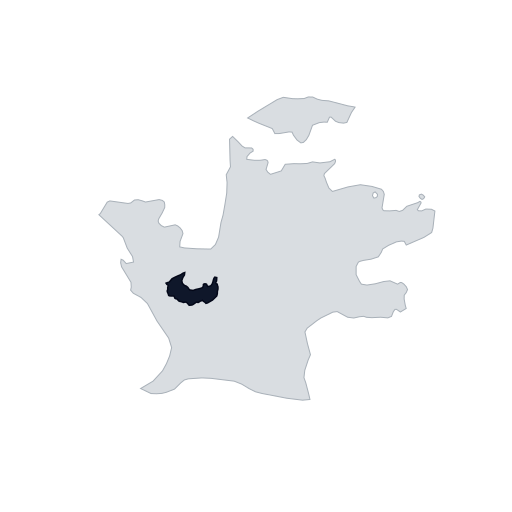 location of Sabirabad within Azerbaijan, rotated 135°
{"feature_id": "AZE-1714", "entity_name": "Sabirabad", "entity_type": "District", "adm_level": 1, "iso_a3": "AZE", "parent_name": "Azerbaijan", "parent_adm1": "", "projection": "equal_earth", "projection_center": [48.677, 39.865], "detail": "fine", "context": "in_parent", "style": "filled", "palette": "ink", "viewbox_px": 512, "rotation_deg": 135, "n_neighbors": 0, "source": "natural_earth", "source_scale": "10m", "svg_char_len": 4584}
<svg xmlns="http://www.w3.org/2000/svg" viewBox="0 0 512 512"><g transform="rotate(135 256 256)"><path d="M337.9,396.3L336.1,396.1L323.1,399.3L320.4,398.3L309.4,383.7L307.1,382.1L302.3,381.5L299.5,379.1L297.3,375.2L296.0,372.3L284.6,364.4L282.9,361.5L282.7,359.0L284.3,356.7L286.3,354.8L291.9,352.8L298.4,351.1L300.5,349.9L301.5,347.8L301.5,344.5L300.4,341.2L291.1,335.2L290.1,332.6L289.8,329.4L290.3,326.1L291.8,323.5L299.4,320.0L303.5,316.4L300.9,312.3L292.8,303.0L283.1,292.9L276.6,292.8L269.1,295.8L257.0,304.5L250.4,308.2L241.7,314.3L232.2,321.2L224.5,328.4L219.6,334.5L211.0,337.1L206.6,342.1L192.1,357.3L188.0,357.1L187.9,349.6L188.1,343.6L187.3,340.2L182.7,335.5L182.6,333.5L183.9,332.2L187.4,333.0L192.0,332.7L194.2,330.9L189.4,324.7L185.1,320.5L181.4,317.8L180.6,316.1L180.6,314.9L181.4,313.5L187.7,310.1L188.4,307.0L188.0,303.5L178.0,298.3L170.5,300.2L163.9,294.5L159.6,290.0L154.3,285.2L149.5,282.6L145.0,276.6L137.1,270.4L131.9,268.7L132.0,267.7L133.0,266.6L135.1,265.7L149.4,265.9L151.2,264.8L152.1,262.2L154.1,258.2L156.4,252.5L156.3,247.6L142.1,239.8L131.8,232.6L124.8,223.2L120.1,214.5L120.3,211.6L121.7,208.9L132.9,200.9L133.7,198.9L133.5,197.5L129.6,193.4L124.7,189.2L123.2,186.2L120.1,184.6L114.2,184.5L103.8,179.3L101.6,178.8L101.2,177.8L101.7,176.8L109.2,174.7L109.1,173.0L106.9,170.7L102.7,169.1L98.9,165.0L97.7,161.3L111.2,150.6L115.2,148.4L124.0,150.4L142.0,157.5L140.8,161.5L142.6,163.7L146.7,166.7L154.7,169.8L161.4,171.4L164.9,170.0L170.1,168.9L176.9,172.4L183.1,176.9L186.2,178.7L187.9,179.3L192.6,177.8L198.4,172.0L200.7,165.0L201.4,161.6L198.1,157.0L191.3,152.0L183.7,147.6L178.8,143.7L175.8,136.0L172.6,135.2L171.8,134.2L171.3,131.6L171.5,127.9L172.6,125.1L175.7,123.9L178.9,123.5L181.7,120.8L185.3,115.6L186.9,112.7L193.5,114.3L194.4,119.0L195.5,120.0L198.3,119.5L202.9,117.5L206.5,119.0L211.2,124.6L217.7,130.5L221.2,134.5L222.5,137.2L225.8,139.9L230.7,143.0L234.5,147.9L237.9,159.3L241.4,162.0L254.0,166.3L258.4,167.2L270.8,168.8L275.1,167.7L281.5,157.8L287.3,147.7L292.6,145.6L302.3,140.7L308.1,136.1L310.5,131.1L316.0,121.7L319.3,116.4L325.0,121.1L334.9,133.8L349.0,154.6L352.4,160.4L354.7,167.3L356.7,175.5L359.9,182.9L374.3,201.3L380.5,208.1L390.7,217.0L394.3,219.0L399.0,219.5L407.7,219.5L415.7,223.0L419.7,225.4L423.8,229.0L427.5,233.0L431.3,243.9L417.3,240.3L403.3,240.9L395.4,243.2L387.7,246.4L380.4,250.9L375.8,259.7L372.0,280.0L366.4,299.1L366.6,307.9L369.1,316.4L368.8,320.5L366.2,322.2L363.0,325.8L358.7,343.4L356.5,346.9L353.7,349.1L352.9,347.0L353.1,342.4L346.9,338.3L343.7,342.9L341.5,352.6L336.9,362.8L336.7,364.7L337.9,396.3ZM131.0,216.3L131.7,213.6L129.9,212.4L128.1,212.3L126.5,213.7L126.4,217.1L128.6,217.7L131.0,216.3ZM83.7,295.6L81.7,292.8L80.7,291.2L87.0,290.0L97.3,286.2L100.1,288.0L103.1,291.8L104.5,295.1L104.7,301.2L105.9,302.2L111.0,300.2L113.2,302.6L117.0,305.6L123.6,308.5L133.4,303.9L138.2,302.7L142.2,302.8L144.3,304.3L145.0,309.0L144.1,314.9L142.9,318.1L144.9,320.4L152.8,326.0L156.1,329.2L154.4,334.6L160.1,347.9L162.1,353.1L164.3,359.5L152.2,357.0L130.4,351.6L124.5,348.9L118.9,341.4L115.6,337.9L110.6,333.3L106.6,331.5L103.5,328.3L101.8,323.6L99.3,319.4L94.9,314.3L85.0,297.4L83.7,295.6ZM98.7,182.8L97.3,183.7L95.3,182.8L94.7,180.7L94.9,178.5L96.9,178.0L98.6,178.6L99.0,180.6L98.7,182.8Z" fill="#d9dde1" stroke="#a8b0b8" stroke-width="1"/><path d="M312.0,255.5L317.9,255.6L323.5,257.1L324.9,257.9L324.8,259.0L325.0,260.5L325.2,261.0L325.2,261.9L325.3,262.6L325.7,262.6L327.3,263.5L328.7,263.7L329.9,264.1L330.4,265.2L331.1,265.6L334.7,266.2L335.9,266.6L338.1,268.4L337.9,270.8L337.8,271.9L338.3,273.0L338.7,273.6L339.5,274.0L339.9,274.2L340.3,274.6L340.3,274.9L341.3,276.8L342.0,277.8L342.3,278.5L342.4,279.0L342.3,280.6L342.3,281.3L342.5,281.9L343.1,282.8L343.2,283.6L343.0,284.1L342.6,284.7L342.4,285.4L342.6,286.1L344.5,288.0L345.5,289.2L345.6,290.0L344.9,291.2L344.0,293.5L343.2,294.3L342.0,294.8L340.7,296.2L338.8,297.2L339.1,299.0L338.8,300.4L337.4,299.8L335.9,298.9L333.6,299.1L331.4,299.3L328.3,298.3L325.3,297.2L322.5,296.0L319.8,295.5L318.1,294.7L320.0,293.2L323.0,292.5L325.9,291.1L327.4,288.7L327.4,285.8L326.6,284.0L326.4,281.9L326.8,280.4L326.8,278.8L324.8,276.1L322.2,274.9L319.6,273.2L316.9,271.7L315.3,271.6L314.0,272.4L313.3,273.1L312.5,273.0L311.6,272.3L310.9,271.1L311.4,269.8L311.8,268.7L310.5,267.6L309.0,266.9L306.8,267.2L304.7,268.2L303.1,269.2L301.4,270.0L300.1,270.2L299.0,268.5L300.3,267.3L301.6,266.2L302.8,265.9L303.6,265.3L303.7,264.3L303.3,263.6L304.2,262.2L304.7,261.1L306.3,259.5L308.3,258.3L310.0,256.7L312.0,255.5Z" fill="#0f172a" stroke="#020617" stroke-width="1.5"/></g></svg>